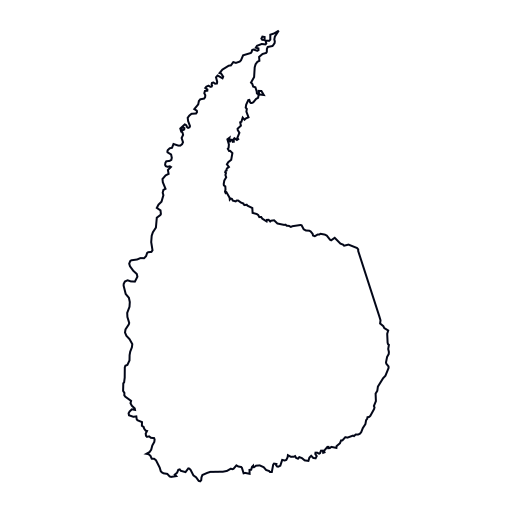 São Miguel do Araguaia, Goiás, Brazil
{"feature_id": "56859067B80588795787306", "entity_name": "São Miguel do Araguaia", "entity_type": "district", "adm_level": 2, "iso_a3": "BRA", "parent_name": "Brazil", "parent_adm1": "Goiás", "projection": "robinson", "projection_center": [-50.279, -12.987], "detail": "fine", "context": "isolated", "style": "outline", "palette": "ink", "viewbox_px": 512, "rotation_deg": 0, "n_neighbors": 0, "source": "geoboundaries", "source_scale": "gbopen_adm2", "svg_char_len": 6036}
<svg xmlns="http://www.w3.org/2000/svg" viewBox="0 0 512 512"><path d="M263.8,95.0L261.4,91.0L258.8,90.9L259.0,93.2L257.8,94.0L256.9,93.4L256.7,91.4L255.4,87.3L253.2,86.6L252.2,83.7L251.0,82.6L254.1,77.1L254.7,67.3L255.6,64.2L257.4,61.8L259.4,60.8L259.1,56.9L262.5,54.0L266.2,52.9L266.8,51.9L266.9,48.9L267.7,47.0L272.5,46.0L273.3,45.0L274.6,43.1L274.8,41.3L274.3,39.4L274.9,36.5L278.7,30.7L274.2,33.4L270.3,34.7L270.3,39.6L269.2,40.8L265.5,40.7L266.3,43.5L265.5,44.4L261.7,44.0L257.0,45.8L255.8,47.7L258.4,48.4L258.5,50.1L257.3,50.8L253.4,49.5L252.1,50.1L251.7,51.8L250.8,53.0L243.1,55.3L241.0,60.3L239.7,61.6L235.9,62.9L233.3,62.1L230.9,65.4L228.7,65.7L222.4,69.6L219.6,73.0L221.1,73.5L223.2,76.7L222.5,78.3L217.6,75.5L216.0,77.3L217.2,81.9L216.9,83.5L215.1,83.7L213.4,82.5L212.0,82.9L211.6,84.3L212.1,85.6L211.6,86.6L210.4,86.8L208.5,85.7L206.3,86.7L205.3,88.0L207.4,89.5L207.3,90.7L204.9,91.0L204.3,93.2L205.3,95.2L205.1,97.2L204.1,98.6L200.3,99.3L198.9,101.0L198.2,104.4L194.3,109.1L196.8,110.7L197.0,112.1L196.1,113.5L191.5,113.8L189.3,115.6L187.7,117.8L188.1,121.1L190.0,126.1L189.5,127.3L188.1,127.9L187.1,127.2L186.3,125.3L184.8,124.4L180.3,128.5L180.8,130.2L182.0,127.9L182.9,127.3L184.4,128.1L184.2,129.5L182.0,130.6L181.5,131.6L182.5,132.6L183.1,134.9L181.6,138.0L183.0,142.2L182.1,144.2L180.3,145.6L178.3,145.6L173.5,144.0L172.0,147.8L169.7,148.3L167.8,150.1L167.4,151.2L167.5,152.3L171.1,154.5L171.8,157.8L171.3,159.9L169.6,160.9L166.3,161.3L165.4,162.8L165.1,164.9L165.8,166.2L167.6,166.8L169.8,166.3L170.9,167.0L167.9,170.0L168.6,173.9L165.6,175.4L162.5,179.0L162.8,182.2L165.5,188.8L163.4,189.9L162.7,192.7L163.4,195.2L161.5,201.7L158.5,204.6L156.8,207.9L160.5,210.4L160.9,214.0L160.4,215.0L156.8,217.7L155.9,227.6L152.9,232.2L151.7,235.7L151.2,242.1L152.5,250.3L151.4,251.9L148.2,252.2L147.1,253.0L146.1,256.1L144.1,258.2L140.4,258.1L137.1,259.5L131.3,260.3L130.2,261.1L129.2,263.7L130.0,266.3L133.3,270.8L136.8,274.0L137.4,276.7L134.9,281.6L130.8,281.4L127.6,280.3L124.9,281.5L123.7,283.9L123.6,285.6L125.7,294.0L128.9,297.8L129.8,302.1L129.5,306.8L127.2,312.9L127.4,317.0L129.2,322.9L128.8,324.4L125.5,329.4L125.0,332.5L126.4,335.8L129.5,339.1L132.3,344.1L131.9,347.3L130.2,351.7L129.6,355.1L129.5,360.4L127.4,364.9L125.4,365.7L124.8,367.4L124.7,377.7L124.1,382.4L123.3,383.3L123.1,390.9L124.4,392.9L124.3,395.3L125.3,396.7L131.1,400.9L130.5,403.2L131.8,405.7L134.7,408.4L135.0,409.9L131.9,409.3L129.6,411.5L128.6,413.3L129.0,415.3L133.4,416.8L136.3,416.4L136.7,419.2L137.4,420.2L142.0,422.1L141.9,425.8L143.7,427.0L144.1,428.6L145.7,430.7L147.0,431.0L145.7,433.6L146.0,435.8L146.9,436.8L149.2,436.4L150.9,437.8L154.1,438.1L154.6,439.6L154.3,441.9L152.3,445.5L151.2,449.7L149.6,452.0L146.4,453.8L148.6,454.2L150.5,455.9L151.7,458.7L154.2,458.8L156.0,460.3L159.7,467.6L160.8,471.3L161.9,472.4L163.5,473.3L167.3,473.9L169.7,476.5L171.2,476.9L176.2,476.1L174.8,474.6L177.1,472.7L178.3,469.8L179.7,469.4L180.8,470.8L185.5,472.1L188.3,468.4L189.3,468.6L190.6,469.9L193.4,475.4L196.1,477.3L198.7,480.9L200.2,481.3L201.2,480.2L201.5,477.3L202.4,475.0L207.2,472.9L210.2,471.9L223.0,471.7L227.0,470.9L230.8,468.7L232.4,469.2L233.5,468.8L236.4,465.4L238.3,466.5L241.2,467.0L241.9,467.8L243.6,473.3L245.1,472.9L249.6,473.8L249.5,469.9L251.2,469.7L252.0,466.9L253.0,465.9L253.0,467.2L254.0,467.2L256.0,465.7L259.7,465.4L263.7,467.2L266.1,470.0L269.1,471.0L270.0,472.0L271.8,472.0L273.2,464.7L274.0,463.6L276.4,464.0L276.1,465.2L277.1,466.5L278.2,466.7L280.3,465.7L282.2,459.9L284.7,460.5L286.3,459.9L287.6,457.3L287.9,455.2L290.9,456.8L294.0,456.7L295.1,456.1L296.1,457.9L298.0,458.7L299.3,457.1L301.9,458.1L304.7,460.4L308.4,460.9L309.4,457.6L311.2,455.8L313.3,458.0L315.6,458.3L316.7,456.1L315.3,454.0L315.5,452.7L317.2,452.7L319.1,453.7L320.0,453.2L321.0,450.7L322.8,450.7L323.2,452.8L324.5,452.3L323.9,451.0L327.4,446.9L328.4,446.9L328.4,448.2L329.8,448.1L331.4,446.9L336.4,447.9L336.6,446.1L339.9,443.3L341.1,440.4L342.4,440.4L345.3,437.2L347.5,437.6L353.0,435.6L354.0,436.1L355.7,434.5L358.2,434.5L359.8,433.8L361.2,432.2L362.8,428.1L365.4,424.1L366.1,420.2L367.2,418.8L367.5,417.2L369.2,416.9L370.3,415.9L374.1,409.0L374.5,407.4L373.9,406.0L375.9,401.1L375.6,393.6L377.3,390.8L377.9,386.6L383.1,378.2L385.4,375.8L388.6,367.9L388.5,366.4L386.3,363.7L386.0,362.4L387.1,356.9L388.7,354.1L388.9,352.0L388.2,349.0L388.9,344.9L388.0,344.1L387.6,342.7L387.2,333.8L388.2,330.5L384.3,328.1L383.3,326.1L380.1,323.5L380.5,320.3L379.4,316.6L358.2,251.0L358.2,249.4L357.0,248.0L348.5,244.6L344.1,245.7L343.0,244.6L340.4,243.6L334.7,237.8L331.2,240.3L330.1,239.8L326.8,235.6L324.8,234.6L320.5,233.8L319.3,234.5L317.7,234.5L314.8,236.2L313.0,235.5L312.6,233.8L310.6,231.4L309.2,230.7L305.9,230.5L303.7,229.3L301.6,225.3L300.5,225.0L292.5,226.2L290.8,226.9L289.0,225.9L286.6,225.7L285.6,224.7L284.1,224.9L277.4,223.5L274.1,220.3L271.1,220.7L270.2,221.5L268.6,219.8L266.9,219.9L266.6,221.4L262.3,218.7L261.2,217.0L259.3,217.1L258.2,215.0L256.7,214.0L252.6,212.9L252.3,208.0L247.5,205.7L246.7,204.7L244.7,205.1L243.8,204.6L243.4,203.5L241.0,202.6L238.1,200.5L236.7,200.5L235.7,201.4L232.8,200.6L231.9,198.9L230.7,198.5L229.8,199.5L229.6,197.8L226.5,192.3L225.6,193.0L225.0,191.7L225.5,189.5L225.3,186.4L223.9,185.4L223.7,184.0L224.3,180.5L226.2,177.3L225.4,175.0L226.0,173.0L225.2,172.3L225.5,171.2L226.6,170.5L226.5,169.4L227.0,168.4L228.9,167.0L226.9,164.3L228.3,162.1L231.2,159.8L232.4,153.1L230.2,150.9L229.1,151.0L227.8,148.8L228.6,147.8L228.9,144.5L227.4,139.3L229.4,137.8L228.8,140.4L229.2,141.5L230.3,141.4L230.9,139.7L232.4,139.9L232.8,141.8L233.8,141.7L233.7,139.1L234.4,138.2L236.9,140.0L238.2,139.1L237.3,138.0L239.4,132.8L237.7,130.0L237.6,128.7L240.9,125.7L240.2,122.3L241.4,121.8L242.7,117.6L244.5,119.7L245.9,118.4L248.5,117.3L246.4,111.7L246.8,108.9L245.7,107.6L246.2,104.6L248.3,100.1L249.3,99.9L250.1,102.3L250.8,103.0L251.8,103.0L253.3,102.3L256.1,98.9L258.1,97.8L258.5,95.5L259.6,94.5L263.8,95.0ZM264.6,40.0L264.6,37.0L262.4,36.6L261.4,38.6L262.2,39.8L264.6,40.0Z" fill="none" stroke="#020617" stroke-width="2"/></svg>